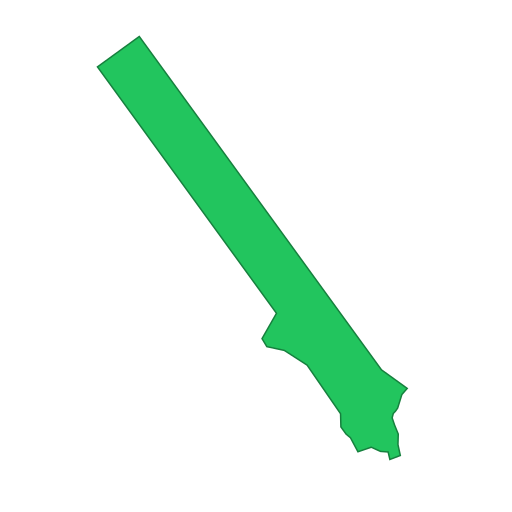 an SVG outline of Mayuge, rotated 144°
{"feature_id": "UGA-3120", "entity_name": "Mayuge", "entity_type": "District", "adm_level": 1, "iso_a3": "UGA", "parent_name": "Uganda", "parent_adm1": "", "projection": "equal_earth", "projection_center": [33.58, -0.276], "detail": "fine", "context": "isolated", "style": "filled", "palette": "green", "viewbox_px": 512, "rotation_deg": 144, "n_neighbors": 0, "source": "natural_earth", "source_scale": "10m", "svg_char_len": 521}
<svg xmlns="http://www.w3.org/2000/svg" viewBox="0 0 512 512"><g transform="rotate(144 256 256)"><path d="M273.1,502.2L228.9,502.2L221.4,502.2L221.4,90.1L211.5,60.0L219.4,58.2L230.8,49.7L234.3,48.5L237.5,47.9L241.0,45.0L243.2,38.0L245.6,28.3L252.0,20.0L256.5,9.8L267.3,12.7L264.3,19.8L270.1,24.7L275.2,33.6L288.6,37.7L286.4,53.5L287.8,58.8L287.8,61.0L287.8,67.8L280.3,78.7L278.8,137.7L288.6,163.0L300.5,176.3L299.7,185.6L273.1,197.6L273.1,502.1L273.1,502.2Z" fill="#22c55e" stroke="#15803d" stroke-width="1.5"/></g></svg>